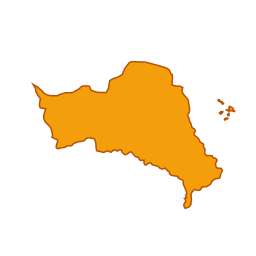 Kunak, Sabah, Malaysia, rotated 11°
{"feature_id": "92858781B10132292463184", "entity_name": "Kunak", "entity_type": "district", "adm_level": 2, "iso_a3": "MYS", "parent_name": "Malaysia", "parent_adm1": "Sabah", "projection": "albers", "projection_center": [118.158, 4.693], "detail": "fine", "context": "isolated", "style": "filled", "palette": "amber", "viewbox_px": 256, "rotation_deg": 11, "n_neighbors": 0, "source": "geoboundaries", "source_scale": "gbopen_adm2", "svg_char_len": 4619}
<svg xmlns="http://www.w3.org/2000/svg" viewBox="0 0 256 256"><g transform="rotate(11 128 128)"><path d="M55.0,151.5L58.4,152.6L60.2,152.8L61.4,153.5L61.5,155.3L61.1,157.0L61.0,158.7L61.0,160.2L61.7,161.3L62.9,161.8L64.4,161.1L66.4,160.1L68.7,159.5L70.4,158.6L71.4,157.3L73.1,156.6L75.0,156.6L76.4,155.7L77.3,153.9L79.0,152.8L81.1,151.3L84.5,150.2L86.3,149.4L88.0,148.4L88.4,146.7L90.7,145.4L92.5,144.7L93.7,145.2L95.2,145.0L96.9,145.0L98.1,146.5L99.6,149.8L100.0,151.9L100.8,154.2L101.4,156.2L103.2,156.5L105.5,156.4L107.3,156.6L109.1,156.6L110.7,155.1L112.3,154.4L114.5,154.8L115.9,155.1L117.0,153.8L118.4,152.1L120.3,152.4L122.3,152.6L122.8,151.7L124.2,150.7L126.0,151.1L126.2,152.1L127.1,153.2L128.3,154.1L129.9,154.7L131.1,154.5L132.7,153.2L134.1,151.4L135.6,150.8L137.1,151.9L139.2,153.6L140.3,154.5L142.3,154.8L143.8,154.8L145.3,157.0L146.8,157.4L149.9,156.5L150.2,158.8L151.1,160.4L152.3,161.0L153.3,160.6L153.9,159.2L155.3,158.6L156.9,157.8L158.0,158.6L158.7,159.5L161.3,159.7L163.3,159.7L165.1,160.1L166.7,161.3L168.5,161.8L170.5,161.5L172.2,160.2L174.0,161.7L175.2,162.6L176.8,163.2L177.5,165.0L178.9,165.9L180.7,166.2L183.0,166.2L185.0,166.0L186.1,166.0L187.0,167.2L186.8,167.4L188.7,168.2L190.1,168.4L191.1,168.5L192.4,169.5L192.6,171.2L192.7,172.2L194.2,174.4L195.3,175.6L196.2,177.4L197.8,179.8L198.1,182.1L197.4,183.2L198.9,185.0L197.8,185.7L196.8,186.3L198.0,187.2L198.6,189.6L197.8,190.9L197.4,192.6L198.1,194.5L199.5,196.0L202.3,194.3L203.5,193.1L203.5,192.7L204.3,191.1L204.1,189.4L204.1,186.8L203.5,184.8L202.9,182.4L202.5,180.2L203.3,178.4L204.9,175.8L206.3,175.6L207.9,175.8L209.9,175.6L211.1,174.4L211.7,172.1L214.7,170.9L216.1,170.7L219.4,167.9L220.4,165.3L221.2,163.3L223.2,161.5L225.2,160.5L226.4,160.3L227.6,159.5L227.8,157.7L227.8,156.0L228.6,152.0L228.4,151.0L227.0,149.8L224.2,150.2L222.6,150.2L221.2,148.2L220.8,146.0L221.6,142.6L219.8,141.0L217.3,141.0L215.9,139.1L214.5,139.3L210.7,140.0L209.7,139.8L208.1,138.3L207.9,136.1L207.7,134.1L206.7,133.1L205.5,131.7L205.5,129.9L204.1,128.7L202.7,128.7L201.3,127.7L200.2,126.1L199.0,124.7L196.6,123.5L194.4,122.3L193.8,120.2L194.6,119.0L194.6,117.8L193.4,116.4L191.8,115.8L190.4,114.8L188.6,111.0L187.4,110.2L186.6,108.0L185.7,106.3L184.2,104.5L184.3,102.8L185.1,101.3L185.2,99.7L184.3,95.8L183.3,93.4L182.0,89.6L180.7,88.0L179.3,86.9L177.1,85.2L175.4,83.8L174.0,81.5L173.9,79.7L174.1,77.9L172.2,77.2L170.5,77.0L168.2,77.6L164.6,77.6L162.8,77.0L162.8,75.2L162.3,73.1L162.2,70.9L161.3,67.1L159.5,66.3L158.4,64.5L157.3,63.1L154.4,61.8L147.9,61.1L140.5,60.5L132.4,60.0L118.7,62.2L116.7,63.7L113.4,70.5L112.2,76.6L108.0,80.2L104.0,82.4L101.0,84.9L101.2,92.9L99.9,97.4L91.5,98.8L88.2,98.5L84.6,98.1L83.5,96.3L82.1,94.3L78.0,94.8L74.7,95.9L72.3,99.1L67.0,103.7L64.1,104.6L60.5,105.1L55.8,107.4L52.2,109.9L45.5,111.1L42.2,111.0L38.4,109.6L37.1,108.3L35.5,107.4L32.5,105.7L31.7,105.1L26.5,103.3L29.5,106.7L30.5,109.5L32.9,112.8L36.3,115.8L36.5,118.0L36.5,121.8L37.9,125.0L43.6,124.8L42.8,131.9L43.6,134.9L45.4,137.7L49.0,140.1L52.0,142.3L55.2,148.6L55.2,151.0L55.0,151.5ZM229.3,91.0L229.1,90.8L228.9,90.6L228.1,90.2L227.7,89.6L227.4,88.8L227.0,88.4L226.1,88.0L225.2,87.7L224.7,87.5L224.0,87.4L223.6,87.3L223.4,87.5L223.6,87.8L223.8,87.9L223.6,88.3L223.3,88.7L223.1,89.1L223.5,89.3L223.7,89.6L223.8,90.0L223.7,90.4L223.2,90.8L223.3,91.2L223.5,91.4L223.5,91.5L222.6,91.4L221.8,91.3L221.1,91.3L221.0,91.6L221.5,91.7L222.0,91.7L222.4,91.8L223.3,92.1L223.7,92.4L224.4,92.0L224.8,91.7L225.2,91.4L225.6,91.6L226.3,91.4L227.1,91.3L227.7,91.4L228.1,91.5L228.6,91.7L229.5,91.4L229.3,91.0ZM214.1,84.3L213.6,84.1L213.2,83.6L212.9,83.2L212.5,83.0L212.0,82.9L211.4,82.9L211.1,83.4L211.2,83.8L211.7,84.2L212.0,84.4L212.3,84.5L212.9,84.5L213.8,84.8L214.1,85.1L214.9,85.4L215.3,85.7L215.7,85.9L216.2,86.6L216.7,86.3L217.1,85.7L216.3,85.1L215.9,85.0L215.7,84.7L215.3,84.4L214.6,84.4L214.1,84.3ZM217.9,93.8L217.5,93.9L217.1,94.1L216.8,94.1L216.3,94.1L216.0,94.1L215.9,94.3L216.1,94.6L216.2,95.2L216.0,95.4L215.2,95.5L214.9,95.9L215.2,96.1L215.6,96.0L216.1,96.0L216.1,96.6L216.6,96.6L216.9,96.2L217.0,95.8L217.1,95.4L217.4,95.2L217.8,95.0L217.9,94.6L217.9,94.3L217.9,93.8ZM222.1,101.4L222.4,101.1L222.6,100.7L222.9,100.5L223.4,100.3L224.0,100.1L224.2,99.4L223.9,99.3L223.2,99.5L222.4,99.7L221.9,99.8L221.6,100.2L221.2,100.3L221.1,100.5L221.1,100.9L221.1,101.3L221.2,101.6L221.4,101.7L222.1,101.4ZM224.1,96.6L224.5,96.5L224.8,96.4L224.5,95.6L224.5,95.2L224.5,94.7L224.5,94.4L224.3,94.1L224.0,94.2L224.0,94.5L224.1,94.9L224.1,95.2L223.6,95.5L223.2,95.5L223.1,95.8L223.4,96.1L223.5,96.4L223.6,96.8L224.1,96.6Z" fill="#f59e0b" stroke="#b45309" stroke-width="1.5"/></g></svg>